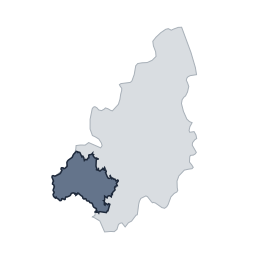 Luxembourg highlighted on a map of Belgium, rotated 96°
{"feature_id": "BEL-3477", "entity_name": "Luxembourg", "entity_type": "Province", "adm_level": 1, "iso_a3": "BEL", "parent_name": "Belgium", "parent_adm1": "", "projection": "natural_earth1", "projection_center": [5.558, 49.963], "detail": "fine", "context": "in_parent", "style": "filled", "palette": "slate", "viewbox_px": 256, "rotation_deg": 96, "n_neighbors": 0, "source": "natural_earth", "source_scale": "10m", "svg_char_len": 5002}
<svg xmlns="http://www.w3.org/2000/svg" viewBox="0 0 256 256"><g transform="rotate(96 128 128)"><path d="M116.0,64.8L120.3,66.6L124.1,67.0L125.8,66.2L124.7,61.9L127.8,59.7L131.3,58.6L132.8,60.4L135.9,62.3L138.4,62.3L145.1,57.5L146.7,58.4L148.1,60.2L148.4,61.6L148.7,63.0L150.2,63.6L155.5,63.3L158.1,60.7L160.3,59.0L161.8,60.1L162.6,63.4L164.0,67.6L170.3,72.4L175.6,73.7L182.2,72.8L184.8,72.0L186.5,72.7L188.2,75.2L192.0,78.1L199.9,80.1L202.3,81.3L204.0,83.2L203.6,86.0L199.8,92.8L199.3,94.9L199.8,95.6L199.1,96.8L194.2,101.5L193.7,103.1L195.3,105.7L196.7,107.9L199.7,109.0L202.4,109.4L207.7,109.5L213.3,109.7L213.9,110.9L220.2,114.7L222.2,117.7L226.7,120.5L223.0,124.1L223.5,125.8L224.9,127.4L230.0,128.4L232.5,130.8L232.7,134.4L233.8,140.4L223.4,146.3L220.4,152.9L220.2,154.2L219.8,154.0L218.6,151.8L216.7,151.8L212.4,150.9L206.3,156.9L203.6,161.8L202.0,165.5L199.5,168.4L199.1,171.6L199.4,172.9L198.5,174.5L198.5,176.3L202.0,179.8L202.9,181.7L207.1,187.9L205.8,190.2L204.8,192.6L203.5,194.4L202.1,195.5L197.7,195.4L192.1,196.2L188.3,197.4L186.4,197.4L182.4,194.3L177.9,189.7L175.0,187.5L173.7,185.6L170.2,184.8L165.1,182.5L161.6,180.0L158.6,178.4L154.4,177.7L150.9,177.8L149.9,173.6L149.5,168.8L146.6,165.6L150.6,153.1L148.3,151.9L145.7,152.9L142.0,155.9L140.3,159.4L139.2,162.6L133.0,165.6L123.3,166.6L112.6,165.6L111.1,164.7L110.4,163.8L110.4,162.7L111.2,161.0L113.1,159.0L113.5,156.1L111.6,153.5L110.4,152.6L110.9,150.1L112.3,147.0L112.6,145.3L105.4,140.0L100.2,139.0L95.2,138.8L91.3,138.2L89.1,138.4L87.4,140.0L85.8,141.1L84.6,139.7L82.4,130.4L80.7,129.0L74.2,127.4L65.3,126.8L62.9,125.1L61.7,120.9L60.9,115.8L58.1,111.0L56.6,109.8L53.9,107.6L49.3,108.5L43.7,111.3L40.4,112.1L39.1,112.4L34.7,109.6L29.8,105.4L25.9,100.8L25.0,98.3L26.2,95.2L24.8,92.9L22.7,88.6L22.2,85.2L46.3,73.3L60.9,67.3L67.8,65.4L69.4,71.5L70.6,73.5L72.3,74.7L74.4,75.0L76.9,73.5L80.4,71.9L86.0,72.6L90.0,74.1L91.5,75.6L94.1,77.1L98.1,77.4L105.7,74.6L113.0,70.4L115.2,67.5L116.0,64.8Z" fill="#d9dde1" stroke="#a8b0b8" stroke-width="1"/><path d="M168.9,185.2L167.6,184.9L166.6,184.3L165.8,183.6L163.4,180.8L162.8,180.3L160.8,179.8L159.7,179.3L157.6,177.6L156.6,177.1L156.7,176.6L156.9,175.4L157.6,175.3L157.2,173.9L157.4,173.3L161.6,170.8L160.7,170.0L162.1,168.9L164.9,168.0L163.7,167.0L163.9,165.5L162.3,164.8L161.7,163.8L159.4,164.2L158.8,164.0L158.1,161.6L156.7,160.6L157.8,160.6L158.2,159.5L158.7,159.9L159.2,159.8L161.0,158.2L161.6,157.0L161.1,156.6L162.0,153.9L162.3,155.9L163.5,156.2L168.7,155.9L169.8,155.7L171.3,154.9L172.8,155.0L173.1,154.2L171.7,153.1L173.3,152.7L173.8,151.4L171.8,149.6L171.9,148.8L171.2,148.8L171.8,148.1L169.7,147.2L170.7,146.6L172.3,146.7L172.2,145.8L173.4,145.1L174.0,145.1L174.6,145.7L178.5,143.6L180.1,142.3L180.1,141.3L179.6,140.1L178.3,140.2L177.6,141.0L177.2,140.7L180.2,138.8L179.4,138.0L180.5,136.7L180.1,135.8L181.9,134.4L180.8,132.8L181.1,132.3L181.9,132.2L184.3,133.8L186.5,132.6L187.0,134.0L187.9,134.1L187.8,134.8L188.1,135.0L189.0,135.1L190.9,134.4L193.9,136.7L195.7,136.6L195.4,137.4L198.2,137.4L197.3,139.2L197.3,140.0L198.2,141.2L199.7,141.5L198.2,144.1L201.6,143.7L202.5,143.9L202.8,144.6L203.2,143.9L206.7,143.5L207.1,142.8L205.1,142.6L206.4,140.1L205.3,139.4L205.8,138.1L212.5,139.3L212.6,139.9L214.4,140.7L214.1,147.2L214.4,148.0L215.6,148.2L214.8,148.9L215.0,149.7L215.1,149.9L215.0,152.0L214.5,151.9L214.1,151.3L214.0,150.7L213.6,150.3L212.8,150.9L211.6,151.0L211.1,151.7L210.9,152.6L210.4,153.6L209.6,154.4L207.6,155.2L206.6,155.9L206.4,156.3L206.3,157.5L206.2,158.0L205.9,158.4L205.1,158.9L204.7,159.4L204.8,160.2L204.8,160.9L204.6,161.4L204.2,161.8L203.1,162.2L202.8,162.6L202.7,163.5L203.1,163.9L203.3,164.3L202.7,165.3L202.3,165.7L201.5,165.8L201.1,166.0L200.6,166.5L200.4,166.9L200.3,167.2L200.1,167.7L198.1,170.4L197.9,171.1L198.6,171.4L199.8,172.1L200.3,172.8L198.9,172.7L198.9,173.1L198.8,173.3L198.7,173.4L198.6,173.7L199.1,174.1L198.5,174.5L198.2,175.2L198.3,176.0L198.6,176.9L199.2,177.7L199.8,177.9L200.4,178.0L201.1,178.4L201.5,178.8L202.8,181.0L202.9,181.3L203.0,182.3L203.0,182.5L203.3,182.7L204.1,182.9L204.4,183.0L204.7,183.1L205.1,183.0L205.4,183.0L205.8,183.4L205.8,183.6L205.8,184.0L205.6,184.3L205.4,184.5L205.3,184.9L205.3,185.4L205.1,185.6L205.0,185.9L205.2,186.4L205.6,186.6L206.7,186.7L207.1,187.0L207.4,188.0L207.1,188.6L206.6,189.1L206.1,189.5L205.4,191.1L205.0,191.8L204.3,192.3L205.3,192.8L204.7,193.9L203.5,195.0L202.2,195.5L201.5,195.4L200.3,194.8L199.7,194.7L199.1,195.0L198.4,195.7L197.7,196.0L196.5,195.8L195.3,195.3L194.0,195.1L192.6,195.7L192.0,196.4L191.9,196.9L191.7,197.2L190.9,197.3L190.4,197.2L188.6,196.5L187.6,196.9L186.2,197.8L184.8,198.5L183.6,198.3L183.2,197.6L183.3,197.0L183.4,196.3L183.5,195.6L183.2,195.0L180.6,190.9L179.9,190.5L179.5,190.2L177.8,189.6L177.2,189.3L176.8,189.3L176.6,189.5L176.4,189.9L176.1,190.2L175.7,190.3L174.8,190.2L174.5,189.9L174.4,189.2L174.5,188.2L175.0,188.0L175.2,187.7L174.9,186.7L173.8,185.6L172.6,184.6L171.4,184.6L168.9,185.2Z" fill="#64748b" stroke="#1e293b" stroke-width="1.5"/></g></svg>